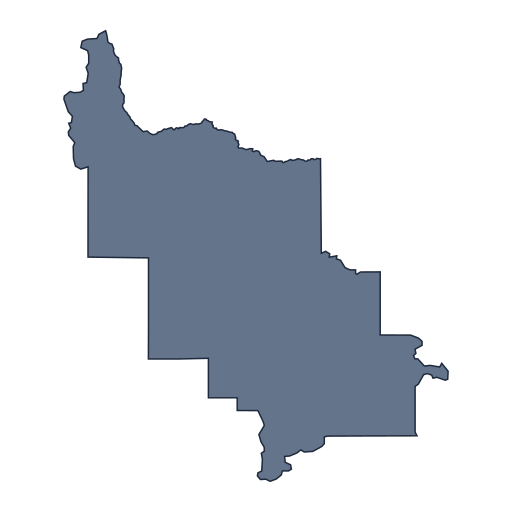 outline of Lewis and Clark, Montana, United States of America
{"feature_id": "52423323B49943042609192", "entity_name": "Lewis and Clark", "entity_type": "district", "adm_level": 2, "iso_a3": "USA", "parent_name": "United States of America", "parent_adm1": "Montana", "projection": "natural_earth1", "projection_center": [-112.477, 47.184], "detail": "fine", "context": "isolated", "style": "filled", "palette": "slate", "viewbox_px": 512, "rotation_deg": 0, "n_neighbors": 0, "source": "geoboundaries", "source_scale": "gbopen_adm2", "svg_char_len": 3694}
<svg xmlns="http://www.w3.org/2000/svg" viewBox="0 0 512 512"><path d="M68.7,135.4L74.8,142.7L73.2,146.4L73.5,158.7L75.5,166.1L80.8,169.1L88.1,166.8L88.0,257.1L148.5,257.9L148.5,327.4L148.4,359.0L177.8,359.0L208.4,358.3L208.4,397.8L237.2,397.8L237.2,410.5L257.9,410.6L263.2,421.7L264.3,425.5L258.9,434.5L261.0,441.8L264.2,447.2L264.3,451.1L261.3,453.3L262.4,459.3L261.7,471.0L257.9,472.9L257.4,475.9L260.4,479.5L265.8,479.2L270.1,481.3L276.1,479.1L281.2,475.1L282.4,470.9L288.6,470.9L291.4,469.1L290.6,464.8L285.2,462.3L284.6,456.4L289.6,456.0L297.0,452.9L300.8,449.9L304.2,452.0L312.8,451.4L321.9,446.4L324.3,443.7L324.3,436.9L327.5,436.1L374.2,435.9L381.0,435.9L417.0,435.8L415.1,432.1L415.1,386.4L418.4,384.0L423.6,374.7L427.2,373.6L431.7,375.1L433.0,378.2L436.9,377.3L445.2,380.2L447.7,379.3L448.1,371.2L441.7,363.3L439.7,367.0L430.2,365.4L424.3,366.0L417.7,358.8L415.0,358.9L413.5,355.6L415.9,353.4L415.0,349.2L422.1,345.3L422.0,341.3L418.5,338.1L410.6,335.1L380.2,335.0L380.2,271.9L360.5,272.0L356.8,274.2L355.6,273.6L355.6,269.9L350.1,269.9L345.0,267.6L340.5,260.2L336.4,258.8L336.8,255.8L329.3,257.2L329.7,253.8L325.6,251.3L321.3,253.3L320.5,158.7L319.5,158.9L316.9,158.4L315.8,159.3L314.2,159.7L313.3,158.8L311.3,158.7L310.0,160.0L307.8,160.1L307.2,161.0L306.0,161.2L304.7,161.0L303.6,160.0L301.3,159.7L299.2,159.0L298.1,158.7L297.0,159.0L296.0,159.7L294.0,160.2L291.8,160.3L290.9,159.5L288.9,160.2L287.5,161.2L285.1,161.6L283.8,162.6L282.5,162.3L281.9,161.1L279.8,161.1L277.8,161.2L275.5,161.3L273.6,160.3L270.8,160.8L268.9,161.2L267.1,161.4L266.5,160.3L265.5,158.8L264.2,156.8L262.0,155.7L260.4,155.0L259.8,152.9L258.6,151.3L256.4,150.7L255.0,151.0L254.0,151.7L252.3,151.1L252.6,149.9L252.8,148.8L250.8,148.6L249.1,148.9L246.3,149.6L244.3,149.0L242.4,148.1L240.0,148.0L238.7,148.0L237.8,146.7L238.5,145.7L238.9,144.3L237.9,142.7L238.4,141.6L237.7,140.5L236.8,140.7L235.3,139.2L235.8,137.6L235.2,136.2L234.8,134.3L232.9,133.1L232.1,132.3L230.4,132.3L228.7,131.8L227.0,131.1L224.7,130.8L222.4,129.9L220.2,129.7L218.9,130.2L217.4,129.6L216.8,129.0L216.1,128.0L215.0,128.4L214.0,127.9L212.9,126.8L213.2,125.6L212.1,124.4L212.1,122.9L212.2,122.0L210.4,121.9L209.3,121.5L207.6,120.4L207.0,120.5L206.5,120.2L206.3,119.4L204.9,118.9L204.1,119.3L203.5,120.5L202.1,121.6L201.9,122.6L201.1,123.2L199.4,123.9L197.2,124.0L195.3,123.9L193.6,124.5L192.3,124.3L190.6,123.7L188.6,124.3L187.5,125.3L186.4,126.1L184.8,126.1L183.9,127.5L181.8,127.8L180.6,127.5L179.3,127.7L179.3,128.4L178.4,128.8L177.6,128.1L176.9,127.8L176.2,128.0L175.2,128.6L175.0,129.2L174.0,129.8L173.0,129.2L172.4,128.4L171.4,127.6L170.1,128.0L168.2,128.5L166.3,129.4L164.3,129.0L162.6,130.1L161.5,131.3L159.5,131.8L158.4,132.0L157.4,132.5L157.0,133.6L155.0,134.4L152.5,134.6L149.7,133.3L147.4,131.1L145.5,131.2L143.4,131.7L141.5,130.2L139.8,128.4L138.4,127.3L137.2,125.8L134.9,125.3L134.1,123.0L132.1,120.5L130.5,119.0L129.8,116.7L128.2,115.0L126.7,112.4L125.4,111.4L124.2,109.8L123.4,108.2L122.6,107.1L122.7,104.4L124.0,102.8L124.0,99.6L124.1,97.3L124.2,95.8L123.2,94.0L121.8,92.5L120.7,89.3L119.0,87.0L120.1,84.5L120.2,82.4L120.1,80.4L120.5,78.3L120.7,77.0L121.2,74.5L121.1,72.8L121.3,70.5L121.7,68.4L121.2,66.2L120.9,64.5L119.2,62.8L119.1,61.6L118.6,60.3L118.5,58.0L116.3,56.4L115.0,55.0L114.3,53.6L113.4,50.8L113.8,48.9L113.1,47.1L112.0,44.2L109.5,43.3L107.8,41.8L107.5,38.7L106.6,34.1L105.8,31.1L105.6,30.7L98.9,34.3L97.0,38.5L87.5,39.1L82.2,41.2L80.8,47.6L87.6,50.7L88.7,55.0L88.7,63.3L86.1,67.2L88.2,73.3L86.7,82.6L83.0,83.5L83.4,90.3L80.3,92.2L74.0,92.7L70.2,91.5L64.3,96.1L63.9,99.1L68.3,111.8L72.4,116.3L71.4,122.6L68.7,123.2L70.7,128.2L68.3,131.9L68.7,135.4Z" fill="#64748b" stroke="#1e293b" stroke-width="1.5"/></svg>